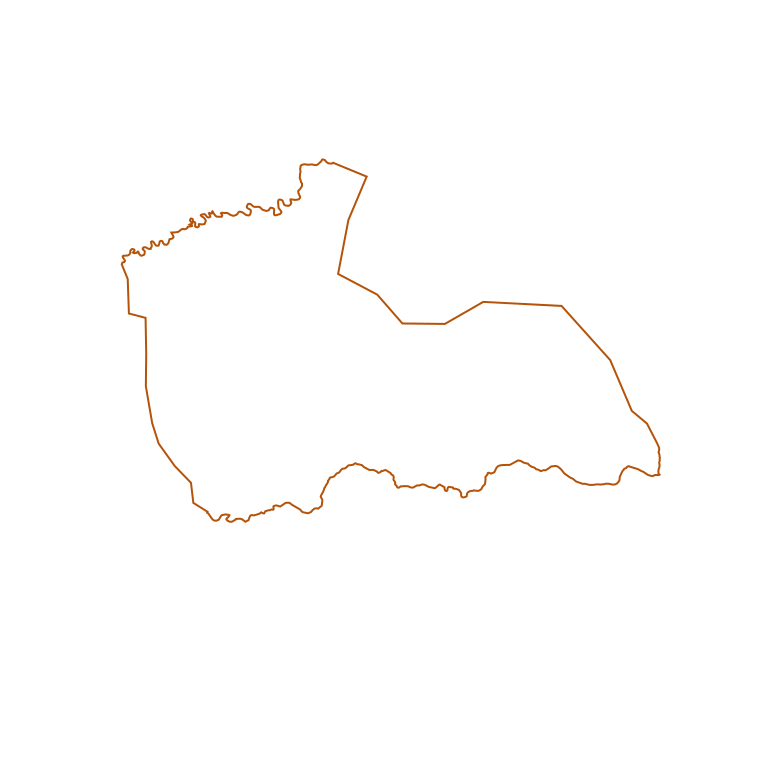 the district of Xushaat, Selenge, Mongolia, rotated 201°
{"feature_id": "93677404B66218634749011", "entity_name": "Xushaat", "entity_type": "district", "adm_level": 2, "iso_a3": "MNG", "parent_name": "Mongolia", "parent_adm1": "Selenge", "projection": "robinson", "projection_center": [105.47, 49.721], "detail": "fine", "context": "isolated", "style": "outline", "palette": "amber", "viewbox_px": 768, "rotation_deg": 201, "n_neighbors": 0, "source": "geoboundaries", "source_scale": "gbopen_adm2", "svg_char_len": 6154}
<svg xmlns="http://www.w3.org/2000/svg" viewBox="0 0 768 768"><g transform="rotate(201 384 384)"><path d="M246.2,520.5L320.8,496.2L348.7,461.9L388.5,447.1L422.3,465.0L466.3,470.3L476.0,524.3L474.5,571.4L510.8,572.3L511.0,571.8L512.1,570.9L515.0,570.1L517.1,570.5L519.6,571.9L521.7,571.7L522.2,571.3L522.4,569.4L524.5,565.3L525.2,564.4L526.6,563.7L529.9,563.2L533.6,561.4L536.9,560.7L539.1,559.3L540.0,558.1L539.3,554.5L537.9,552.2L537.8,550.6L536.4,545.9L535.1,544.7L533.9,542.8L532.4,541.8L531.5,539.4L532.1,536.3L533.3,533.3L532.3,531.6L529.5,528.8L529.1,527.9L529.5,526.4L530.6,525.2L533.1,524.0L537.4,522.9L537.3,522.2L535.4,519.7L535.7,517.6L537.0,516.1L539.7,515.4L540.8,515.4L541.7,515.8L544.3,518.7L545.3,519.1L547.3,518.9L548.0,518.5L548.4,517.8L548.2,516.1L547.8,515.2L545.5,510.6L542.7,508.9L541.4,507.8L541.3,507.0L542.1,505.3L545.3,502.8L546.7,502.4L547.6,503.2L549.0,507.3L549.5,508.0L551.2,508.4L553.0,508.0L553.5,506.9L553.8,505.2L554.6,504.2L556.2,503.3L560.1,503.2L563.2,504.6L564.2,504.6L568.6,502.9L570.0,503.0L572.8,504.1L574.4,503.9L575.2,503.5L575.6,502.9L575.7,500.5L575.1,499.6L574.3,499.2L571.3,498.8L570.6,498.4L569.8,496.4L569.8,495.0L570.1,493.3L570.6,492.9L573.1,492.3L577.5,493.5L580.1,493.3L581.0,492.9L581.3,492.4L581.9,490.0L582.6,488.8L584.9,487.0L587.7,486.8L591.4,487.5L597.1,485.6L597.4,485.0L595.5,483.6L595.4,482.5L595.6,481.9L600.0,480.3L601.5,480.6L604.6,482.5L605.4,483.4L606.1,483.7L606.2,483.2L605.7,481.6L605.9,481.4L608.4,481.1L608.7,480.6L606.4,478.5L606.1,477.9L606.8,477.1L607.5,476.6L608.6,476.4L612.2,478.3L614.2,477.4L615.5,476.2L615.5,475.8L614.3,475.1L612.4,474.9L610.3,473.9L609.0,472.7L608.8,472.4L608.8,470.5L608.9,469.0L611.0,467.8L614.0,467.0L614.0,466.3L613.4,465.2L613.4,464.5L614.2,463.5L615.7,463.2L616.5,463.3L617.1,463.8L617.8,466.6L618.1,467.0L619.0,467.3L620.5,467.3L621.6,469.2L622.1,469.5L623.6,469.3L623.8,468.7L623.8,467.3L622.8,466.4L621.0,466.0L620.5,465.3L622.4,463.4L620.3,463.3L619.8,462.8L620.0,462.4L623.2,460.8L623.5,460.5L623.6,459.7L623.4,459.3L624.7,457.6L626.1,456.8L627.1,456.9L628.5,455.8L630.5,452.4L633.1,450.8L636.8,449.2L633.3,446.2L633.2,445.3L633.3,444.8L634.2,443.5L636.1,442.4L635.8,438.0L636.8,436.1L638.9,435.5L640.7,436.4L641.7,437.6L642.3,437.9L643.5,437.7L644.5,436.6L644.0,433.8L644.1,432.3L646.2,431.5L647.0,431.8L650.1,434.0L651.1,434.2L652.0,433.9L652.5,433.1L650.5,430.3L650.1,428.9L650.5,427.5L650.2,426.7L651.7,425.8L655.8,426.2L657.3,425.4L657.8,424.6L657.6,423.4L655.0,422.3L654.8,421.8L654.2,419.8L654.3,418.8L654.7,418.3L656.4,416.8L657.5,416.8L659.4,417.8L660.4,419.1L661.2,419.5L661.6,419.0L661.7,418.0L661.9,417.8L663.8,416.7L665.0,416.5L665.5,416.8L664.8,418.5L664.8,419.5L665.6,420.0L667.4,419.9L668.3,418.6L668.5,417.4L668.5,416.7L667.8,415.9L668.0,414.1L668.5,413.1L669.4,412.1L673.3,410.3L673.7,409.5L673.4,408.9L669.9,406.2L670.2,404.7L671.7,403.7L671.7,401.7L660.9,390.2L647.4,358.4L630.3,360.3L616.9,327.2L605.5,296.5L586.4,264.4L573.0,247.6L549.9,232.4L528.8,222.6L519.4,204.7L503.0,201.5L503.0,200.4L501.7,200.2L495.7,196.2L494.0,195.7L492.7,195.9L491.4,196.4L489.6,198.1L488.9,202.3L488.3,203.5L485.3,205.4L482.3,206.1L481.3,206.1L481.4,204.9L482.2,202.8L482.6,202.4L482.8,201.7L482.7,201.2L481.4,200.4L478.9,200.1L477.0,200.7L476.1,201.5L473.9,204.3L474.0,204.8L473.7,205.1L469.9,206.7L467.8,206.8L464.1,205.7L461.7,208.3L461.8,211.5L461.6,213.2L461.2,213.7L460.6,214.2L458.4,214.7L456.2,216.3L453.6,218.5L452.6,220.2L450.7,219.9L449.5,220.3L449.2,222.7L446.6,224.7L445.4,225.2L444.3,226.4L442.3,227.0L442.3,228.0L443.2,229.6L443.3,230.3L442.7,231.0L441.0,232.1L437.0,232.4L433.3,237.7L431.8,238.5L429.6,239.2L426.8,238.3L416.9,236.7L416.1,236.0L414.1,235.2L409.3,235.9L408.7,236.1L406.4,238.1L405.4,240.8L404.3,242.7L402.7,243.7L400.7,244.1L399.7,246.1L398.6,247.7L398.8,249.7L399.3,250.7L399.3,251.5L400.0,253.7L402.7,256.1L402.8,257.9L402.2,261.3L402.2,264.0L402.4,265.5L402.1,266.1L401.8,269.3L401.4,270.4L401.2,272.6L401.6,273.5L400.9,275.8L401.0,277.1L397.7,279.5L396.7,281.6L396.3,283.3L394.2,285.2L393.1,289.0L392.4,290.0L390.8,290.8L389.6,292.0L388.1,295.2L384.1,297.4L382.6,299.5L382.1,299.8L380.2,299.5L378.5,300.0L375.5,300.3L372.8,299.2L366.8,298.5L363.7,299.8L362.2,300.0L359.0,299.7L358.3,299.1L357.2,299.1L356.3,299.8L354.9,302.1L354.0,302.4L352.1,304.1L351.1,304.2L345.9,303.2L344.6,302.2L342.7,301.9L341.5,300.6L341.1,298.7L340.7,297.9L338.8,296.6L338.0,295.6L337.7,294.3L335.6,293.3L334.7,292.4L333.9,292.2L333.0,292.5L331.6,294.5L329.9,295.1L329.1,295.7L325.4,297.0L324.1,297.2L323.1,296.9L320.3,297.4L319.7,297.8L317.0,301.0L315.0,301.8L312.1,304.1L309.7,304.5L305.3,304.0L299.3,304.9L298.5,305.8L296.7,309.4L295.9,310.1L290.5,309.3L290.0,307.9L289.4,307.2L288.5,306.4L287.9,306.4L287.3,306.5L286.7,307.3L287.2,309.0L287.2,310.2L286.7,311.1L283.2,312.0L282.4,312.0L282.0,311.3L281.3,311.2L279.6,311.9L276.0,312.0L272.8,309.7L272.1,307.6L271.6,306.9L270.8,306.4L269.3,306.5L267.5,307.7L266.6,308.9L267.1,311.3L267.1,312.2L266.6,313.3L265.2,314.9L262.5,316.3L262.2,316.8L258.2,317.8L257.3,318.3L255.6,320.3L255.0,324.2L253.9,326.4L254.1,328.0L255.1,331.5L256.0,333.6L255.0,336.6L255.2,338.0L254.2,338.8L252.0,338.7L249.4,341.1L248.9,346.4L247.8,348.5L245.7,350.1L243.6,351.1L237.5,353.6L231.5,360.7L228.7,361.2L225.2,360.6L221.1,361.2L219.1,360.2L217.1,359.7L214.1,359.8L212.8,359.6L211.5,359.0L208.6,359.3L206.5,358.8L205.5,359.5L204.4,360.6L202.2,361.4L200.0,364.3L198.5,366.8L194.5,369.0L192.3,369.2L188.5,368.0L183.5,365.1L176.9,363.4L173.6,363.2L169.7,361.8L162.8,362.0L160.4,362.9L156.3,363.4L153.4,364.4L148.6,366.9L146.1,367.6L142.5,369.4L141.2,370.4L138.5,371.4L134.5,372.0L132.2,373.1L130.8,374.6L129.9,377.0L129.7,378.8L130.6,381.6L130.3,386.9L130.1,388.4L129.5,389.7L129.4,390.8L127.7,392.5L127.5,393.6L126.3,394.9L116.2,395.5L112.2,394.9L110.7,395.0L105.0,393.7L102.6,393.8L100.0,394.4L98.3,396.2L95.0,397.3L94.3,398.1L95.5,398.6L96.4,400.4L97.1,403.0L97.1,405.3L97.4,406.4L99.0,409.5L99.2,411.6L99.8,412.7L99.9,414.0L100.9,415.2L101.3,416.4L103.2,418.7L103.6,421.7L104.5,423.2L107.4,426.2L124.3,441.3L143.0,447.7L181.4,487.4L246.2,520.5Z" fill="none" stroke="#b45309" stroke-width="2"/></g></svg>